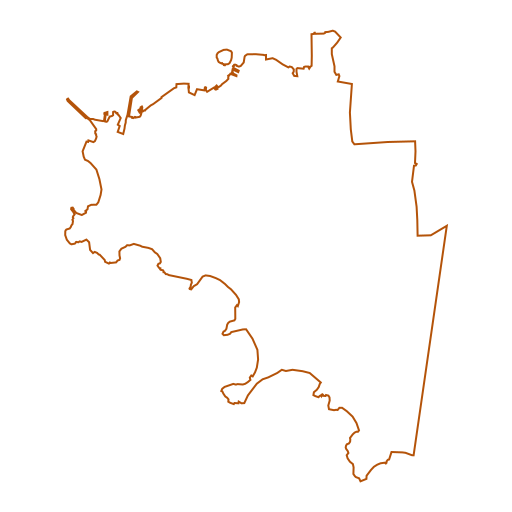 outline of At Tawahi, `Adan, Yemen
{"feature_id": "15242507B38750647773303", "entity_name": "At Tawahi", "entity_type": "district", "adm_level": 2, "iso_a3": "YEM", "parent_name": "Yemen", "parent_adm1": "`Adan", "projection": "robinson", "projection_center": [44.985, 12.776], "detail": "fine", "context": "isolated", "style": "outline", "palette": "amber", "viewbox_px": 512, "rotation_deg": 0, "n_neighbors": 0, "source": "geoboundaries", "source_scale": "gbopen_adm2", "svg_char_len": 5902}
<svg xmlns="http://www.w3.org/2000/svg" viewBox="0 0 512 512"><path d="M337.2,42.6L340.7,37.5L335.1,31.6L332.8,30.7L328.2,31.9L325.3,32.1L325.2,32.8L323.7,33.6L315.3,33.8L314.8,32.7L314.3,32.8L313.9,33.9L311.5,34.2L311.8,55.9L311.6,65.8L310.5,66.6L309.2,68.6L308.7,67.7L309.2,66.9L308.4,66.5L305.5,66.5L304.1,66.9L303.6,68.7L297.4,68.1L296.5,69.0L296.5,71.7L297.3,76.2L294.2,75.9L292.7,73.2L293.7,71.7L293.8,69.4L291.8,67.1L289.7,66.5L288.4,67.4L282.7,64.4L276.1,59.8L272.6,58.2L266.0,59.5L266.0,55.0L264.2,55.2L263.7,54.9L255.9,54.2L247.3,54.3L245.1,55.8L244.6,56.8L243.7,62.5L240.7,66.0L238.9,66.6L236.6,65.8L236.5,65.1L235.0,64.6L234.1,64.8L233.9,66.0L233.1,66.0L232.9,66.5L233.4,67.1L233.4,67.9L238.7,70.7L238.2,72.1L232.6,69.4L232.3,70.7L232.7,71.9L231.9,72.2L231.7,72.7L236.5,75.3L236.4,76.1L230.3,73.8L229.4,75.2L228.8,75.2L228.1,75.8L228.5,76.6L228.2,77.6L228.4,78.8L226.3,81.0L222.0,84.2L220.9,85.6L218.2,87.4L216.6,85.5L215.4,86.7L217.2,89.0L215.9,89.6L215.4,89.5L213.8,87.7L207.1,91.8L205.8,89.9L206.1,87.6L205.6,87.2L204.9,87.4L204.4,90.4L197.0,89.2L194.6,95.1L188.9,92.4L188.5,88.3L189.0,87.9L189.0,86.8L188.4,87.0L188.6,83.8L183.8,83.6L176.5,84.1L176.3,87.4L174.0,88.2L161.5,97.1L161.5,98.0L153.0,104.2L150.9,105.3L145.9,109.4L145.0,110.5L144.5,110.3L142.7,111.5L141.5,109.5L142.2,109.0L142.0,108.3L142.3,107.3L141.9,106.5L140.6,107.3L140.4,108.7L138.3,110.2L138.9,111.2L140.0,110.4L140.3,111.0L139.2,111.8L139.7,112.7L140.9,112.3L141.3,113.5L140.6,115.7L139.7,116.8L135.5,117.6L135.4,117.0L134.9,116.9L133.2,118.1L132.0,117.8L132.1,117.0L129.0,116.4L131.9,97.9L138.0,92.0L136.8,91.4L130.7,96.4L127.5,114.8L125.8,120.1L125.7,122.6L124.9,125.4L124.5,128.6L123.2,134.0L117.7,131.9L119.7,126.0L117.8,124.7L120.7,118.0L118.2,114.5L117.9,114.6L117.3,114.0L117.3,113.0L116.2,113.1L115.4,111.8L114.2,111.5L113.1,112.0L113.1,115.2L112.0,116.0L109.7,116.6L107.3,121.4L106.3,121.8L104.8,121.4L105.7,114.3L107.4,114.7L107.4,112.0L107.0,112.1L106.8,113.7L105.4,113.5L105.1,112.7L104.4,113.0L104.3,114.0L104.9,114.5L104.0,120.8L102.9,121.1L94.9,119.7L93.1,119.0L90.0,119.0L87.5,117.2L69.2,100.2L68.1,98.6L67.3,99.0L67.0,99.4L67.7,101.0L85.8,118.2L87.0,118.0L89.9,120.2L96.2,129.1L96.2,130.4L95.2,131.2L95.3,133.6L96.1,134.2L96.1,135.3L96.6,136.6L96.1,138.5L94.9,141.1L93.4,142.1L88.4,140.4L88.1,141.9L86.5,141.6L82.6,151.3L83.7,156.7L85.0,159.7L88.0,161.0L90.6,163.1L96.4,169.6L99.4,179.1L101.5,189.5L100.6,195.0L98.3,202.3L96.4,204.7L91.3,204.8L88.0,206.3L87.5,209.3L85.4,211.0L86.1,211.6L86.0,212.7L81.8,215.0L76.3,213.0L73.3,209.5L73.6,208.9L72.7,207.6L71.4,207.8L71.1,209.1L71.9,210.3L72.5,210.0L72.8,211.2L74.6,214.4L73.3,216.0L72.8,217.2L73.4,218.2L72.4,219.8L73.0,221.0L72.5,224.1L71.4,225.4L70.9,226.8L69.7,228.5L66.4,229.5L65.7,230.3L65.3,231.2L65.2,235.1L66.8,239.7L69.8,243.4L71.4,244.3L74.6,243.7L75.3,243.3L75.9,242.1L76.5,241.9L78.3,242.3L79.7,241.4L81.6,241.9L86.4,239.6L89.1,242.2L90.1,249.9L93.0,253.1L94.7,251.9L97.1,252.9L98.7,254.5L99.7,254.7L104.7,260.0L105.1,261.8L108.9,263.6L109.9,262.5L110.5,263.0L116.1,262.4L117.6,260.5L119.5,259.9L120.1,258.3L119.5,255.4L119.4,251.4L121.4,248.7L125.5,246.8L127.1,245.2L129.7,245.4L133.8,243.9L140.2,245.7L142.1,246.7L148.4,247.9L152.1,249.2L154.8,252.3L157.3,254.0L160.2,258.2L160.8,261.9L159.9,263.4L158.4,263.8L157.5,265.6L159.1,267.9L160.4,268.3L160.2,269.4L160.9,269.9L162.9,270.2L163.4,270.8L163.5,272.2L164.4,272.3L165.8,274.1L167.2,274.2L168.9,275.1L186.9,278.8L191.4,280.0L191.8,282.7L190.9,284.7L190.7,286.6L189.5,288.5L189.7,289.0L190.4,289.2L191.2,289.4L193.7,286.2L197.1,284.2L202.6,276.6L205.6,275.4L210.1,276.0L215.8,278.1L220.0,280.1L225.0,284.0L228.0,287.0L231.0,289.3L236.1,295.0L238.8,299.3L239.1,302.1L237.8,306.1L236.9,305.2L235.2,307.5L235.3,318.9L234.4,320.4L229.9,321.6L228.3,322.8L227.2,324.6L226.4,328.8L225.0,330.8L223.5,331.6L222.5,333.8L223.8,335.2L227.5,334.8L230.0,333.8L231.3,332.1L243.0,329.4L246.1,329.3L252.5,338.7L257.4,349.8L258.1,359.5L256.8,367.7L255.0,372.4L252.7,376.4L251.3,375.5L249.8,377.6L250.4,379.9L247.8,382.1L245.2,383.8L242.8,384.5L237.5,384.1L235.9,384.6L233.3,383.9L224.6,386.9L222.2,388.8L221.3,391.0L222.4,391.5L223.3,393.5L225.3,396.5L227.1,397.7L228.5,399.4L228.3,401.7L230.2,402.8L233.8,404.1L234.5,403.0L238.4,403.3L238.7,401.6L241.5,403.3L244.3,403.1L247.9,395.4L256.8,383.7L262.6,379.3L268.2,377.4L277.2,373.0L281.8,369.8L285.9,371.0L292.5,369.8L302.6,371.2L309.7,373.0L320.8,382.5L319.8,383.9L318.7,387.1L316.8,389.8L313.9,392.2L313.4,395.1L315.3,396.1L318.5,397.2L319.6,396.0L320.9,395.3L321.3,396.0L321.8,394.6L322.4,394.3L323.1,395.0L323.1,395.8L325.5,396.0L326.0,395.0L328.4,395.6L329.5,397.4L329.7,400.5L328.3,405.5L329.0,409.2L334.0,410.2L336.1,409.8L337.6,410.0L339.4,407.8L342.1,407.8L346.8,411.2L352.6,416.6L356.5,423.1L359.0,430.4L357.9,431.8L356.5,431.7L354.6,432.6L352.7,434.4L350.0,438.0L350.3,439.5L350.1,441.7L348.9,443.5L346.8,444.3L346.0,445.8L345.7,447.5L346.1,448.8L347.7,451.0L348.4,453.0L346.7,455.2L347.6,458.3L349.9,461.7L352.9,464.1L353.6,467.4L353.4,474.0L355.0,476.3L355.9,477.1L359.1,478.3L360.5,481.3L366.4,478.9L366.6,475.7L371.1,469.8L373.9,466.8L377.2,464.7L380.5,463.3L384.6,462.7L385.8,463.5L386.5,462.8L386.5,461.5L387.8,459.8L389.1,459.5L391.5,452.0L402.4,452.4L405.5,452.8L411.9,455.2L413.6,455.3L446.8,225.8L430.8,235.3L417.6,235.7L417.3,220.1L416.6,206.8L414.4,190.6L412.0,181.8L414.0,165.7L415.8,165.5L416.7,164.0L415.0,163.0L415.5,151.4L415.1,141.3L387.7,142.0L354.4,144.3L352.3,141.5L350.8,129.4L349.9,112.5L351.9,84.0L337.8,81.5L339.4,76.1L338.7,74.3L336.3,74.9L334.5,71.8L334.5,66.3L331.8,54.1L331.8,48.3L333.0,47.4L337.2,42.6ZM231.1,60.1L231.7,57.7L231.9,52.6L231.0,51.2L226.9,49.6L223.6,49.9L218.9,52.1L217.6,53.2L216.7,54.9L216.7,57.6L217.4,58.5L217.9,60.5L218.7,62.0L220.8,63.2L222.0,63.1L222.1,63.7L223.9,64.2L223.9,65.1L224.9,65.3L225.7,64.3L227.9,64.2L229.5,63.2L231.1,60.1Z" fill="none" stroke="#b45309" stroke-width="2"/></svg>